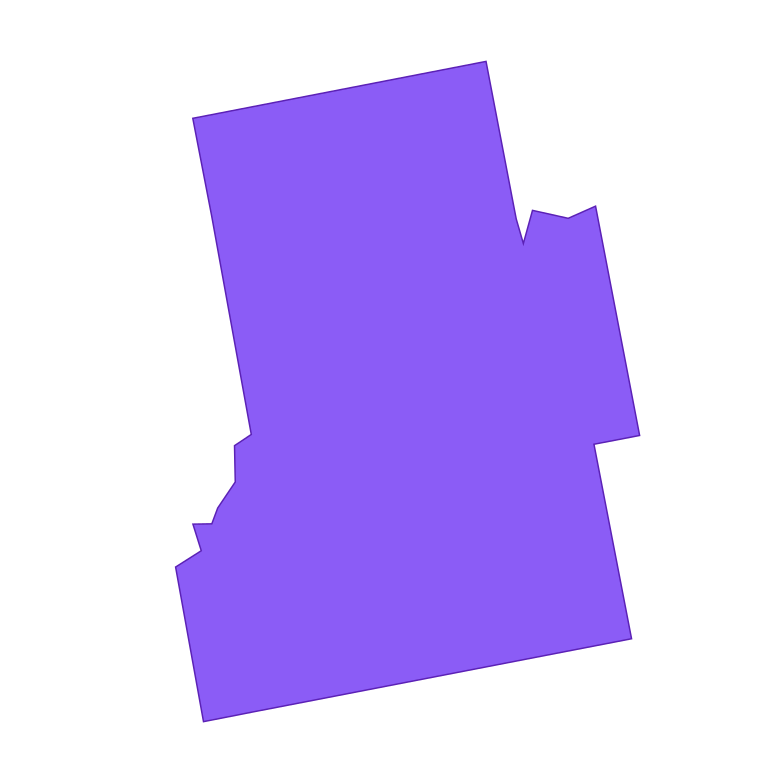 Hughes, Oklahoma, United States of America (Robinson projection), rotated 169°
{"feature_id": "52423323B77879682345533", "entity_name": "Hughes", "entity_type": "district", "adm_level": 2, "iso_a3": "USA", "parent_name": "United States of America", "parent_adm1": "Oklahoma", "projection": "robinson", "projection_center": [-96.231, 35.029], "detail": "fine", "context": "isolated", "style": "filled", "palette": "violet", "viewbox_px": 768, "rotation_deg": 169, "n_neighbors": 0, "source": "geoboundaries", "source_scale": "gbopen_adm2", "svg_char_len": 443}
<svg xmlns="http://www.w3.org/2000/svg" viewBox="0 0 768 768"><g transform="rotate(169 384 384)"><path d="M189.6,86.7L189.4,284.8L142.9,284.7L142.4,518.2L171.6,511.5L205.1,526.1L220.4,495.3L222.7,520.7L222.7,532.4L222.3,681.2L521.0,681.3L521.1,582.1L523.9,359.8L542.5,352.0L548.7,316.2L570.9,294.0L579.7,279.6L598.3,282.9L595.2,255.2L623.5,244.1L625.6,87.0L575.3,87.1L189.6,86.7Z" fill="#8b5cf6" stroke="#5b21b6" stroke-width="1.5"/></g></svg>